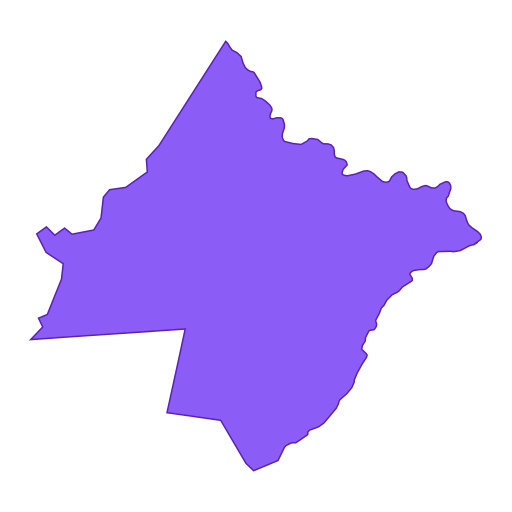 Pike, Pennsylvania, United States of America
{"feature_id": "52423323B81352708629195", "entity_name": "Pike", "entity_type": "district", "adm_level": 2, "iso_a3": "USA", "parent_name": "United States of America", "parent_adm1": "Pennsylvania", "projection": "robinson", "projection_center": [-74.913, 41.341], "detail": "fine", "context": "isolated", "style": "filled", "palette": "violet", "viewbox_px": 512, "rotation_deg": 0, "n_neighbors": 0, "source": "geoboundaries", "source_scale": "gbopen_adm2", "svg_char_len": 2855}
<svg xmlns="http://www.w3.org/2000/svg" viewBox="0 0 512 512"><path d="M477.7,242.3L476.7,242.4L480.2,239.9L481.1,238.9L481.3,237.0L480.2,234.2L477.6,231.6L472.0,227.8L468.5,224.6L467.2,222.0L465.2,215.6L463.5,213.4L460.2,211.6L453.8,210.8L451.6,209.8L449.9,208.6L448.3,206.3L446.7,203.1L446.1,200.8L446.6,197.9L448.2,196.2L450.8,188.6L450.7,186.0L450.3,184.7L449.5,183.2L448.3,182.1L446.7,181.6L444.7,182.1L440.1,184.2L437.6,186.6L437.4,186.7L434.8,188.1L431.4,187.8L426.7,185.7L424.9,185.6L421.7,186.6L417.5,188.8L413.4,189.4L411.1,188.6L410.0,187.5L407.3,181.5L406.9,180.4L406.7,177.6L406.1,175.9L403.1,172.6L401.8,172.0L398.8,171.9L394.9,173.9L391.6,177.0L389.5,181.1L387.7,182.0L386.3,182.2L383.7,181.9L382.1,181.2L376.3,176.3L374.3,174.2L370.5,171.7L367.6,170.7L363.5,171.1L355.4,174.1L347.3,175.8L343.8,175.2L342.4,174.4L342.1,172.6L343.1,169.3L347.1,165.1L347.0,164.0L346.2,161.7L345.0,160.4L343.0,159.4L336.9,158.0L335.1,157.0L334.3,154.1L334.3,151.2L333.6,147.7L331.3,145.0L328.1,143.9L323.5,143.8L321.7,142.8L317.8,139.5L311.6,138.5L309.1,138.8L307.4,140.9L301.8,144.1L300.6,144.4L292.8,143.5L284.8,141.5L283.7,140.7L282.6,138.4L282.2,136.6L282.4,133.9L284.3,127.9L284.5,126.2L284.4,124.2L283.0,119.5L282.2,118.5L280.8,117.8L276.6,117.8L272.8,118.9L270.4,118.3L270.0,117.3L270.0,115.8L270.8,113.0L271.9,110.5L271.9,109.1L271.7,108.0L269.9,105.2L266.1,101.6L262.5,99.1L261.4,98.5L257.1,97.7L256.3,97.0L255.9,96.1L255.9,92.2L257.2,90.9L260.7,89.8L261.7,88.6L261.6,86.7L260.1,82.3L254.2,72.7L252.9,71.8L250.3,71.4L247.7,69.8L245.3,67.6L243.1,63.2L241.1,56.5L237.0,52.7L232.2,50.2L229.8,47.0L227.6,43.2L225.7,41.3L159.0,145.5L146.4,159.3L147.3,172.0L125.7,187.4L109.6,189.7L103.4,197.1L101.0,218.0L93.8,230.0L72.0,234.2L64.6,228.1L54.8,235.2L46.4,226.9L36.7,233.9L46.1,252.4L63.2,263.7L61.5,279.1L47.3,314.5L38.5,318.1L42.7,327.0L30.7,339.6L65.6,337.1L185.2,329.0L179.3,356.5L167.0,412.7L220.7,420.3L246.0,463.4L253.6,470.7L278.0,460.5L284.4,447.4L286.0,445.6L290.6,443.2L293.1,442.7L295.1,442.9L296.4,442.4L307.5,434.8L307.9,434.0L307.6,432.5L309.4,430.2L318.8,426.7L324.1,422.8L336.2,408.3L338.5,403.6L338.9,401.6L339.9,399.7L346.9,393.6L351.8,387.6L354.2,382.1L354.4,379.7L357.2,373.0L361.8,364.6L366.4,357.5L366.9,356.2L367.1,355.0L366.1,353.5L362.1,349.7L361.7,349.0L362.5,345.4L365.3,340.9L365.5,337.6L368.6,331.5L369.3,330.6L370.2,330.3L374.1,329.7L375.4,328.0L376.2,326.6L376.7,324.1L375.7,321.2L375.9,319.9L379.3,313.4L381.0,308.9L381.2,308.2L384.1,305.1L386.8,300.1L392.3,294.6L396.4,292.7L398.9,291.1L402.4,287.0L412.0,280.8L412.4,280.0L412.1,278.0L409.8,274.3L410.3,272.8L412.3,271.1L414.3,270.4L419.4,269.6L423.9,269.5L426.1,268.9L429.4,266.1L431.5,263.6L433.7,256.4L436.6,252.6L438.4,251.6L450.3,251.3L453.8,251.7L460.2,250.6L468.5,246.2L471.3,245.1L473.8,244.7L477.7,242.3Z" fill="#8b5cf6" stroke="#5b21b6" stroke-width="1.5"/></svg>